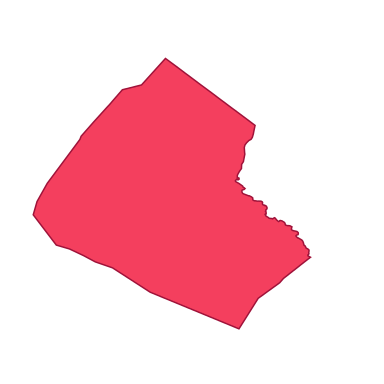 outline of San Sebastián Teitipac, Oaxaca, Mexico, rotated 296°
{"feature_id": "50627088B95051750999200", "entity_name": "San Sebastián Teitipac", "entity_type": "district", "adm_level": 2, "iso_a3": "MEX", "parent_name": "Mexico", "parent_adm1": "Oaxaca", "projection": "equal_earth", "projection_center": [-96.625, 16.948], "detail": "fine", "context": "isolated", "style": "filled", "palette": "rose", "viewbox_px": 384, "rotation_deg": 296, "n_neighbors": 0, "source": "geoboundaries", "source_scale": "gbopen_adm2", "svg_char_len": 3066}
<svg xmlns="http://www.w3.org/2000/svg" viewBox="0 0 384 384"><g transform="rotate(296 192 192)"><path d="M300.4,109.6L266.1,99.7L253.4,84.6L239.6,80.9L234.2,79.5L232.0,78.8L231.0,78.5L212.1,73.0L193.5,67.9L190.1,68.2L136.3,58.1L115.5,56.9L101.9,59.3L84.8,93.3L87.1,106.8L87.3,122.3L86.8,135.7L89.0,153.8L83.6,198.4L88.6,278.2L89.6,294.2L125.5,298.1L148.9,310.6L154.4,312.1L162.1,315.8L164.7,317.1L165.2,317.3L165.4,317.4L166.0,317.7L166.9,318.2L168.2,318.8L168.9,319.1L169.6,319.5L169.9,319.6L171.3,320.3L171.5,320.4L172.3,320.8L172.6,320.9L172.8,321.0L173.2,321.2L173.7,321.4L173.9,321.5L175.7,322.4L176.9,323.0L177.0,323.0L177.3,323.2L177.8,323.4L178.8,323.9L179.2,324.1L179.8,324.4L180.4,324.7L181.1,325.0L181.4,325.2L181.8,325.4L182.9,325.9L183.2,326.0L183.3,326.1L183.6,326.3L183.8,326.3L184.0,326.4L184.0,326.5L184.3,326.6L185.3,327.1L185.5,324.1L186.4,323.8L186.7,324.0L187.4,324.2L188.1,324.0L188.4,323.6L189.8,323.2L190.6,322.9L191.2,322.5L191.6,321.1L191.6,319.2L191.8,319.0L193.1,317.4L193.2,316.1L193.7,315.8L193.9,315.4L194.4,314.9L194.8,314.8L195.8,313.7L196.3,313.2L197.0,311.7L197.3,307.2L197.1,307.0L197.7,305.1L198.5,304.6L199.1,304.9L199.5,305.3L200.1,306.0L201.0,305.9L202.1,305.2L202.5,303.8L202.5,303.6L202.4,303.1L202.2,302.2L202.0,301.4L201.8,300.7L201.7,300.3L201.7,299.9L201.5,299.2L201.8,298.0L202.1,297.7L202.6,297.6L203.2,297.3L204.5,297.1L204.6,295.1L204.4,294.2L203.6,292.5L203.3,290.5L203.5,290.2L204.0,289.9L204.8,289.1L205.2,288.4L205.5,285.5L205.1,283.8L204.7,283.4L204.2,283.4L203.4,282.8L203.5,282.2L203.8,281.0L204.0,280.2L205.0,278.3L205.0,277.3L203.2,276.2L203.2,275.5L202.2,272.9L202.5,271.9L202.7,270.1L202.6,269.5L203.5,268.1L203.8,267.6L204.3,267.6L204.3,268.1L204.8,268.3L206.2,267.5L206.5,267.2L206.6,266.7L206.9,266.7L207.3,266.8L207.7,266.5L208.0,266.2L208.4,266.2L208.7,266.4L209.1,266.5L209.4,266.7L209.9,266.6L210.4,266.4L210.6,266.5L211.9,265.1L211.9,264.6L212.0,263.3L211.7,263.3L211.7,261.0L212.0,260.7L212.5,260.5L212.9,260.1L213.6,260.0L214.0,259.3L214.0,257.9L213.4,256.9L213.3,256.3L212.6,255.1L212.4,254.6L212.2,253.9L211.9,252.9L211.5,252.0L211.4,251.8L211.6,250.1L211.9,249.9L212.4,249.5L213.1,249.4L213.3,249.2L213.7,247.6L213.7,247.2L213.7,245.1L213.4,244.5L213.0,240.0L212.9,238.9L213.1,237.9L213.4,237.5L213.8,237.0L214.2,236.7L214.5,236.6L214.9,236.4L215.2,236.2L215.6,236.2L216.0,236.5L217.0,237.6L217.2,237.8L217.5,237.9L218.1,237.9L218.3,238.1L218.6,237.4L218.9,235.5L219.3,235.2L219.5,235.0L219.8,233.4L220.3,230.2L220.4,227.3L220.5,226.9L220.8,226.3L221.3,226.0L222.8,226.6L222.9,227.4L223.2,228.2L224.1,228.7L224.5,228.6L225.2,227.8L224.8,227.4L224.4,226.6L227.0,225.4L230.0,225.5L231.8,225.7L232.2,225.7L234.7,226.2L238.6,224.5L241.9,224.9L242.1,224.8L249.2,222.9L250.7,221.9L252.1,221.1L254.9,219.5L257.4,219.0L260.2,219.5L263.3,220.6L265.2,222.0L267.5,222.3L271.0,221.7L273.9,220.9L279.5,219.5L280.4,214.9L283.5,198.7L285.0,190.6L288.1,174.4L289.7,166.3L290.9,159.8L292.7,150.1L294.3,141.9L295.8,133.9L297.4,125.8L300.4,109.6Z" fill="#f43f5e" stroke="#9f1239" stroke-width="1.5"/></g></svg>